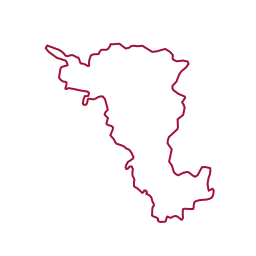 Harim, Idlib, Syria, rotated 102°
{"feature_id": "27442178B79082810780972", "entity_name": "Harim", "entity_type": "district", "adm_level": 2, "iso_a3": "SYR", "parent_name": "Syria", "parent_adm1": "Idlib", "projection": "mercator", "projection_center": [36.609, 36.125], "detail": "fine", "context": "isolated", "style": "outline", "palette": "rose", "viewbox_px": 256, "rotation_deg": 102, "n_neighbors": 0, "source": "geoboundaries", "source_scale": "gbopen_adm2", "svg_char_len": 4737}
<svg xmlns="http://www.w3.org/2000/svg" viewBox="0 0 256 256"><g transform="rotate(102 128 128)"><path d="M183.7,42.8L183.3,41.7L182.6,39.6L182.0,37.2L181.3,35.5L180.4,33.7L179.4,32.4L178.1,31.3L176.3,30.9L173.4,30.9L171.0,31.3L170.4,31.9L169.9,32.9L171.4,34.6L172.4,36.0L170.7,36.9L168.5,37.6L167.2,38.3L164.6,38.7L160.6,38.8L159.1,38.8L156.7,38.3L154.0,38.4L151.6,38.8L150.2,39.2L150.1,43.6L150.1,43.8L150.1,44.3L151.0,47.5L154.6,48.6L159.6,50.0L160.3,50.7L161.7,52.1L161.7,52.3L161.6,52.7L161.5,52.9L161.4,53.4L161.2,54.4L159.3,58.2L158.8,59.2L158.7,59.3L158.8,59.9L158.8,60.1L158.8,60.4L158.9,61.5L159.8,63.6L159.9,63.9L160.0,63.9L160.0,64.1L161.5,66.0L163.8,69.0L163.6,70.0L163.3,71.2L161.8,73.9L155.8,77.1L152.3,80.8L149.0,80.8L145.2,80.8L140.8,80.8L140.0,80.8L139.8,80.8L134.9,86.0L133.5,86.2L133.1,86.3L131.6,86.5L128.3,86.1L121.7,81.4L121.0,80.9L120.9,80.8L120.4,80.5L118.9,79.5L118.5,79.4L117.1,79.3L116.9,79.3L109.2,81.3L103.8,76.8L102.2,76.8L101.8,76.8L100.1,76.8L96.5,76.8L94.4,77.9L94.0,78.2L93.9,78.3L91.6,80.4L90.1,79.8L88.3,79.1L86.5,78.4L86.4,78.4L85.5,79.1L85.4,79.2L85.1,80.6L84.7,82.6L84.3,84.8L84.2,85.6L83.9,86.2L82.8,88.7L82.1,90.1L81.5,91.6L80.4,92.3L80.1,92.6L79.8,92.8L77.6,93.3L77.2,93.1L76.8,92.8L76.1,92.4L75.4,92.0L74.5,91.4L72.6,90.3L64.8,89.0L64.5,88.9L61.3,87.5L58.8,85.5L56.2,83.5L55.8,83.4L52.7,82.1L50.6,83.5L50.6,88.3L50.8,88.9L52.2,93.0L52.6,94.3L52.6,94.5L51.9,97.3L51.7,97.8L51.7,98.0L51.0,98.7L50.3,98.8L49.4,99.0L47.4,99.3L47.3,99.5L46.6,100.3L46.3,100.8L46.0,101.2L45.5,101.8L44.8,102.8L44.3,104.1L42.9,108.0L47.2,116.1L48.5,120.2L44.6,131.0L44.9,132.0L46.1,136.0L46.2,137.4L46.2,137.9L46.2,138.1L46.3,139.0L46.4,139.8L46.9,140.9L47.3,141.9L47.6,142.1L49.4,143.8L50.7,146.9L50.2,147.9L47.9,152.8L47.5,153.6L47.4,154.0L48.8,158.8L49.5,161.1L49.6,162.4L52.0,162.7L55.0,164.1L56.1,165.8L56.7,169.1L57.1,170.4L59.3,171.6L61.8,172.1L61.9,172.4L62.3,174.0L62.7,175.9L62.7,176.0L64.0,178.5L64.7,179.3L68.4,179.9L71.0,179.9L71.6,179.8L73.5,179.4L74.6,179.1L75.2,179.1L75.7,179.9L75.6,180.7L74.8,182.8L74.6,184.3L74.5,185.0L74.5,185.9L74.5,186.5L74.6,187.7L73.5,188.6L70.7,190.2L69.5,191.2L69.5,191.8L69.5,193.1L68.3,196.6L68.3,197.7L68.8,199.4L70.4,202.2L70.2,204.2L68.3,206.5L66.9,209.1L66.8,209.3L65.9,211.9L65.5,214.7L64.9,218.7L64.2,224.1L67.0,225.1L69.9,221.6L71.8,217.4L74.3,211.8L74.4,208.4L74.9,205.0L75.0,203.2L75.7,202.3L76.7,201.3L79.1,200.2L79.8,201.2L81.6,204.7L82.3,205.7L83.6,206.4L90.0,206.1L93.2,205.9L95.1,203.5L96.0,201.3L95.9,198.9L96.2,197.6L99.2,197.2L101.4,197.5L102.6,197.4L102.6,196.2L101.3,194.4L101.2,191.2L101.1,188.3L101.2,184.3L101.2,184.0L101.0,178.5L100.8,175.1L102.0,173.4L104.8,173.5L105.6,175.4L105.7,176.7L107.9,177.4L113.6,177.3L114.5,175.9L113.9,173.8L112.7,173.4L110.9,173.2L108.1,173.2L107.5,172.4L107.2,167.7L105.5,165.2L104.6,164.3L103.8,163.4L103.1,162.0L102.5,160.5L102.5,159.6L102.5,159.1L103.2,158.3L104.7,156.4L114.3,151.6L114.8,151.8L117.2,153.3L117.5,153.4L119.7,153.7L120.9,152.1L122.4,149.7L125.2,149.9L128.2,150.1L128.4,149.8L129.2,148.4L129.5,144.6L129.7,144.2L130.5,142.8L132.9,142.6L138.6,143.8L139.1,143.2L140.2,141.9L140.9,141.0L142.2,139.3L144.5,137.6L144.8,137.2L145.7,136.2L145.9,134.3L146.3,130.7L147.1,127.6L147.3,127.3L148.3,125.6L149.0,122.5L149.7,121.5L150.1,120.9L152.1,119.0L152.1,118.9L154.0,117.7L155.0,116.7L156.7,116.6L159.6,119.3L161.2,121.0L163.1,121.6L164.8,122.1L165.2,122.1L166.8,122.2L168.4,121.2L168.4,120.9L168.2,120.2L167.4,119.4L166.7,119.2L165.3,118.4L165.1,117.0L164.9,116.4L167.1,114.7L170.2,114.5L173.6,113.7L176.0,111.8L176.7,111.4L177.4,110.9L178.0,110.9L179.4,111.0L181.8,110.5L183.6,110.0L184.1,109.4L184.3,109.0L184.9,106.7L185.8,105.1L185.9,104.9L186.1,104.6L186.2,104.3L188.5,100.5L187.4,99.5L186.1,99.2L185.9,99.2L185.7,98.6L185.4,98.0L185.9,97.2L186.0,97.0L186.2,96.8L186.6,96.3L186.8,96.1L187.9,96.4L188.7,96.2L189.1,94.3L189.3,93.4L189.9,92.2L191.1,90.7L193.1,89.7L194.6,89.0L196.0,87.8L196.2,87.6L197.6,86.6L198.5,86.7L198.9,86.7L200.1,87.4L202.8,87.3L204.3,87.0L208.6,86.3L209.0,85.2L209.3,84.5L209.5,82.2L209.9,81.1L210.4,80.0L211.1,79.5L211.7,79.6L212.1,79.6L213.0,78.7L213.1,76.6L212.6,74.9L212.1,72.5L211.3,71.7L210.4,71.6L208.6,71.6L208.0,71.6L207.9,71.6L207.3,71.4L206.5,71.2L206.6,70.1L207.0,68.5L207.0,67.5L205.4,65.6L204.5,64.1L204.2,63.3L204.2,63.2L204.2,62.1L204.7,60.7L204.9,59.9L205.7,58.5L205.9,58.2L206.0,57.9L206.6,56.8L206.3,56.1L205.0,55.6L204.0,55.7L203.8,55.7L203.5,55.8L202.5,56.1L198.8,57.0L196.6,57.3L196.0,57.1L195.8,57.1L195.3,56.1L194.9,54.0L194.8,53.4L194.7,52.6L194.4,50.9L194.0,48.7L193.5,47.4L192.2,47.2L190.8,47.6L189.8,47.6L188.4,47.7L186.9,47.6L185.6,46.6L184.1,43.8L183.9,43.5L183.9,43.3L183.8,43.2L183.7,42.8Z" fill="none" stroke="#9f1239" stroke-width="2"/></g></svg>